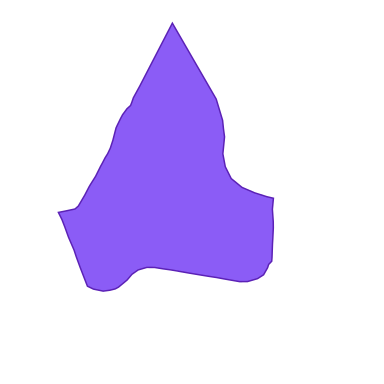 outline of Chamkar Mon, Phnom Penh, Cambodia, rotated 301°
{"feature_id": "14789045B33698683582262", "entity_name": "Chamkar Mon", "entity_type": "district", "adm_level": 2, "iso_a3": "KHM", "parent_name": "Cambodia", "parent_adm1": "Phnom Penh", "projection": "equal_earth", "projection_center": [104.92, 11.542], "detail": "fine", "context": "isolated", "style": "filled", "palette": "violet", "viewbox_px": 384, "rotation_deg": 301, "n_neighbors": 0, "source": "geoboundaries", "source_scale": "gbopen_adm2", "svg_char_len": 1063}
<svg xmlns="http://www.w3.org/2000/svg" viewBox="0 0 384 384"><g transform="rotate(301 192 192)"><path d="M167.1,100.4L163.5,100.7L155.8,101.3L146.5,101.1L143.7,101.1L133.8,101.7L121.3,101.8L117.1,100.4L110.3,93.1L105.7,88.0L101.4,94.7L96.6,100.9L89.6,109.5L81.5,120.8L77.0,126.0L69.9,134.8L62.9,143.8L57.4,150.9L58.0,157.5L61.3,166.9L65.5,172.2L69.4,176.1L72.6,178.0L83.1,181.7L90.5,182.9L97.5,186.0L104.1,192.1L108.1,198.9L111.3,206.9L114.3,213.9L120.9,231.0L125.4,242.4L128.3,249.7L131.4,257.2L134.0,264.2L139.7,279.0L143.8,285.7L151.5,292.8L157.9,296.0L166.0,295.8L169.4,295.0L173.7,296.0L176.9,294.4L182.5,291.3L189.0,287.7L193.6,285.3L203.1,280.2L208.3,277.0L218.6,269.8L228.6,265.0L226.5,258.5L223.5,245.9L221.7,232.5L223.7,218.7L230.8,207.5L240.6,198.8L256.0,191.5L262.4,186.4L269.2,181.3L284.1,164.9L326.6,88.2L255.5,92.7L247.9,93.0L242.7,93.2L238.0,94.2L234.5,94.8L230.0,93.4L222.5,92.7L218.5,92.9L210.5,93.6L207.8,93.9L195.4,97.6L187.5,99.4L181.3,100.0L176.7,99.9L170.4,100.3L167.1,100.4Z" fill="#8b5cf6" stroke="#5b21b6" stroke-width="1.5"/></g></svg>